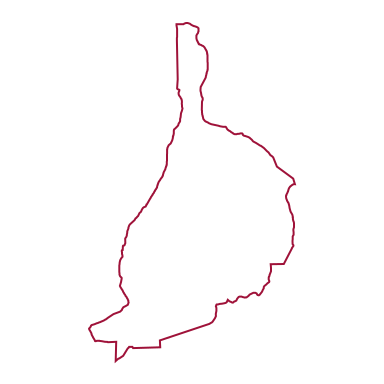 outline of San Rafael, Heredia, Costa Rica
{"feature_id": "36466004B33619943127012", "entity_name": "San Rafael", "entity_type": "district", "adm_level": 2, "iso_a3": "CRI", "parent_name": "Costa Rica", "parent_adm1": "Heredia", "projection": "mercator", "projection_center": [-84.081, 10.06], "detail": "fine", "context": "isolated", "style": "outline", "palette": "rose", "viewbox_px": 384, "rotation_deg": 0, "n_neighbors": 0, "source": "geoboundaries", "source_scale": "gbopen_adm2", "svg_char_len": 5976}
<svg xmlns="http://www.w3.org/2000/svg" viewBox="0 0 384 384"><path d="M294.9,184.2L293.2,178.6L276.9,166.6L273.2,157.4L272.2,156.4L271.0,155.5L270.5,155.3L268.5,152.4L267.0,151.2L264.0,148.1L260.9,145.8L260.7,145.8L259.4,145.2L258.7,144.6L257.5,143.9L256.3,143.1L253.3,141.5L252.7,140.9L251.9,139.8L249.8,138.0L249.7,137.8L248.2,137.0L244.9,135.9L244.4,135.9L243.6,135.5L242.9,134.9L242.7,134.0L242.1,133.4L240.4,133.4L239.2,133.8L237.3,133.9L236.6,134.2L234.8,134.2L234.4,134.1L233.3,133.6L233.0,133.2L231.0,132.0L230.3,131.3L228.7,130.5L228.2,130.0L227.9,129.9L227.3,129.3L226.0,127.1L225.6,126.8L223.1,126.8L220.2,126.3L218.3,125.7L211.3,124.2L208.9,123.2L208.1,122.6L206.4,121.8L206.0,121.7L205.8,121.5L205.2,121.2L204.7,120.7L203.3,118.9L202.9,116.8L202.6,116.1L202.6,115.4L202.2,114.7L202.2,113.7L202.0,112.8L202.0,110.6L201.8,110.1L202.0,101.9L202.1,101.3L202.7,99.8L202.7,98.8L202.6,97.9L201.8,96.6L201.3,95.0L201.3,94.3L201.1,93.9L201.1,93.2L200.5,90.9L200.5,89.4L200.7,87.0L205.7,77.6L206.0,75.7L206.3,75.0L206.5,73.5L206.7,73.3L206.7,72.5L207.5,70.5L207.5,69.7L207.7,69.4L207.7,62.7L207.5,62.0L207.5,55.0L207.3,54.7L207.3,53.9L207.1,53.7L207.1,52.9L206.7,51.1L206.3,50.7L206.1,50.0L205.6,49.4L205.5,49.1L204.6,47.5L204.1,46.9L203.1,46.0L202.0,45.6L201.4,45.1L199.3,44.4L199.3,44.1L199.1,43.9L198.7,43.9L198.4,43.3L198.2,42.6L197.9,42.3L197.9,42.0L197.3,41.1L197.3,40.8L196.8,40.0L196.4,38.2L196.4,35.5L197.1,34.2L198.0,33.0L198.3,31.6L198.5,31.4L198.5,28.3L197.6,27.4L195.6,26.5L195.3,26.5L194.6,26.2L193.8,26.1L193.6,25.9L192.9,25.7L191.1,24.7L190.0,23.8L188.6,23.3L187.6,23.0L186.0,23.0L184.3,23.6L183.5,24.2L176.5,24.2L176.5,25.4L177.1,28.9L177.1,37.1L176.9,37.8L176.9,40.4L177.7,79.4L177.1,88.4L177.4,89.0L177.7,89.2L178.7,89.5L179.4,90.0L179.3,90.8L178.6,92.6L178.6,93.8L178.8,94.8L179.2,95.6L180.5,97.4L181.0,98.6L181.5,99.1L181.9,101.0L181.9,102.9L181.8,103.3L181.8,103.9L182.0,105.1L182.0,106.7L182.5,108.5L181.9,110.8L181.0,113.3L180.6,117.2L180.1,119.0L180.1,121.1L179.5,122.4L179.0,123.0L178.5,124.0L178.2,125.3L177.4,126.3L175.0,128.7L174.3,129.2L174.0,129.7L173.8,130.8L173.8,133.6L173.6,134.2L173.6,134.9L173.1,135.8L173.1,136.6L172.9,136.7L172.8,138.2L172.2,140.4L170.7,143.5L168.7,145.2L167.4,147.9L167.3,149.1L167.1,149.3L167.1,153.5L167.0,154.2L167.0,160.9L166.8,161.6L166.8,164.3L166.6,164.6L166.6,165.4L166.4,165.6L166.4,166.0L166.0,166.6L165.9,167.3L165.6,167.9L165.2,169.6L164.8,170.1L164.3,171.2L164.1,171.5L163.6,172.5L163.4,173.6L163.1,174.2L162.9,175.6L162.5,176.1L162.5,176.4L162.3,176.6L162.2,177.0L160.8,178.7L159.9,180.3L159.2,181.2L158.4,182.5L158.4,182.8L157.8,184.2L157.8,184.6L157.6,184.8L157.6,185.1L157.2,186.1L157.0,187.6L156.4,188.3L156.0,189.2L155.7,189.4L155.3,190.1L155.2,190.4L154.9,190.6L154.9,191.0L154.1,192.1L153.9,192.8L152.7,194.3L152.7,194.7L152.1,195.4L151.4,196.6L151.0,197.0L150.4,198.4L150.1,198.7L146.8,204.5L146.5,204.5L145.7,206.5L143.7,207.3L142.9,208.0L141.9,209.6L141.1,211.5L140.6,212.2L139.7,212.8L139.3,213.4L138.1,216.0L137.3,216.7L136.3,217.9L135.5,218.4L134.6,220.1L130.0,224.3L129.2,225.4L128.4,227.7L128.4,228.5L127.3,231.2L127.2,233.0L126.8,234.8L126.8,235.6L126.2,237.1L125.5,238.0L125.2,238.6L125.3,243.2L124.9,244.1L124.5,245.2L124.1,245.5L123.1,245.7L122.9,246.2L122.7,250.0L122.0,250.2L121.8,250.6L121.8,251.6L122.0,252.2L122.0,254.0L122.4,255.1L122.5,256.8L121.2,258.3L120.2,260.2L119.7,262.3L119.5,264.5L119.3,265.5L119.3,272.0L119.5,273.2L119.5,274.7L120.2,276.4L121.4,277.5L121.7,278.0L121.5,279.5L121.0,282.2L119.9,285.9L120.6,287.4L121.6,288.8L121.7,289.3L122.5,290.2L123.4,292.3L123.8,292.7L123.8,292.9L124.4,294.0L124.9,294.5L125.6,295.8L125.6,296.0L126.6,297.1L127.0,298.1L127.5,298.7L127.9,299.9L128.2,300.2L128.3,300.5L128.4,302.0L128.6,302.5L127.8,304.8L125.6,306.1L123.4,307.2L122.5,308.5L122.2,309.0L122.0,309.8L120.2,311.6L113.5,314.1L107.6,318.0L107.3,318.4L106.8,318.6L105.7,319.5L105.2,319.6L104.4,320.2L102.5,321.1L101.1,321.6L100.6,322.0L99.4,322.3L97.6,323.1L96.9,323.2L94.6,324.2L91.6,325.1L91.0,325.7L90.8,326.4L90.1,327.5L89.9,327.7L89.1,328.5L89.1,329.0L89.6,330.1L90.0,330.7L91.1,332.7L91.5,333.6L91.5,334.1L91.7,334.5L91.8,335.0L93.0,337.1L93.0,337.3L94.6,339.9L95.1,341.1L95.8,341.2L96.9,340.8L99.4,340.8L99.5,340.9L101.9,341.2L105.0,341.8L107.4,341.9L107.9,342.2L116.2,341.8L115.7,361.0L118.3,358.7L119.3,358.4L123.2,355.8L127.8,348.3L128.5,347.9L129.1,346.9L132.4,346.9L133.1,348.1L160.2,347.3L159.9,340.4L209.6,323.8L210.2,323.3L211.9,322.4L212.6,321.7L214.9,318.3L215.9,316.2L215.8,313.9L216.4,310.9L216.4,308.2L216.2,307.0L215.9,306.6L215.9,306.1L216.2,305.6L216.3,305.0L216.6,304.5L218.1,304.4L219.8,303.9L222.0,303.7L224.1,303.3L225.7,302.9L226.7,302.2L227.8,299.8L229.3,301.2L231.4,302.1L232.2,302.6L233.0,302.6L234.4,301.4L235.3,301.2L236.3,300.6L237.2,298.7L238.6,297.0L239.6,296.6L241.6,296.6L242.8,297.1L243.9,297.3L244.3,297.5L245.0,297.6L245.4,297.4L246.5,297.4L248.5,295.9L249.6,294.6L253.3,292.8L255.4,292.8L256.7,293.5L257.1,294.5L257.6,295.0L258.5,295.3L259.1,295.2L259.6,294.6L259.8,294.6L261.9,291.9L262.4,290.9L262.8,289.9L263.7,288.4L263.8,287.0L264.3,286.1L266.4,284.4L267.4,283.3L269.0,282.2L269.3,281.7L269.2,280.7L268.7,279.5L268.7,277.6L268.9,276.8L269.1,276.7L269.5,275.7L269.5,275.1L271.0,271.3L271.0,267.9L270.7,264.2L283.8,264.0L291.9,248.4L291.9,248.1L293.4,245.9L293.4,245.2L292.6,244.1L292.5,240.9L292.7,239.2L292.7,236.5L292.9,236.0L293.6,234.8L293.6,232.1L293.4,230.7L293.4,229.2L294.0,227.3L294.0,223.1L293.7,221.7L293.2,220.7L293.2,220.2L292.9,219.3L292.9,217.3L292.7,217.2L292.7,216.2L292.3,214.6L290.9,212.2L290.5,211.4L289.6,208.1L289.3,206.1L289.1,205.1L288.9,204.7L288.9,204.3L288.3,202.6L287.9,202.3L287.8,201.9L287.0,200.6L286.8,199.7L286.3,198.7L286.0,196.7L286.1,195.5L286.4,195.2L286.4,194.7L287.4,192.8L287.8,191.7L288.0,191.5L288.3,190.1L288.5,189.8L288.8,188.6L289.4,187.6L289.7,187.3L290.0,186.7L292.0,185.1L293.3,184.3L293.5,184.3L293.9,184.1L294.9,184.2Z" fill="none" stroke="#9f1239" stroke-width="2"/></svg>